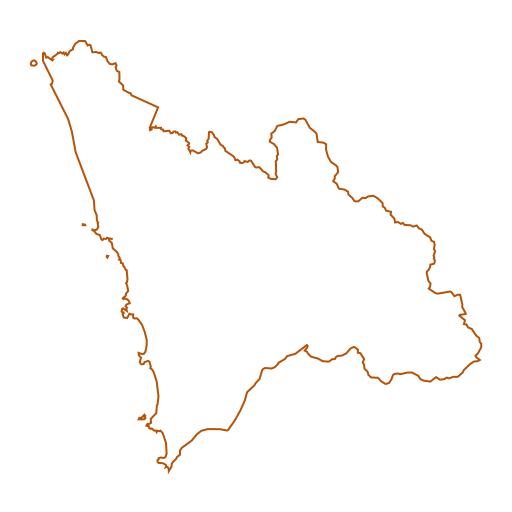 the district of Mandailing Natal, Sumatera Utara, Indonesia
{"feature_id": "22746128B80893459197040", "entity_name": "Mandailing Natal", "entity_type": "district", "adm_level": 2, "iso_a3": "IDN", "parent_name": "Indonesia", "parent_adm1": "Sumatera Utara", "projection": "albers", "projection_center": [99.32, 0.78], "detail": "fine", "context": "isolated", "style": "outline", "palette": "amber", "viewbox_px": 512, "rotation_deg": 0, "n_neighbors": 0, "source": "geoboundaries", "source_scale": "gbopen_adm2", "svg_char_len": 6001}
<svg xmlns="http://www.w3.org/2000/svg" viewBox="0 0 512 512"><path d="M303.4,118.5L298.4,119.1L296.0,122.4L289.7,121.8L283.3,124.6L277.3,125.9L274.7,131.0L271.3,133.6L271.7,137.5L269.9,140.1L269.8,141.7L273.9,144.0L277.0,147.7L278.1,154.5L276.9,155.9L277.2,159.5L275.8,161.2L276.2,171.5L275.6,173.9L277.2,177.3L275.7,179.2L271.3,179.0L268.2,177.6L268.7,175.7L267.9,174.4L265.2,172.2L263.1,171.4L259.3,167.2L256.0,167.5L255.1,167.0L251.1,160.8L249.6,160.4L247.7,161.9L244.5,161.1L243.6,162.6L241.1,163.0L240.0,162.8L239.6,161.3L237.4,159.7L235.4,160.2L234.6,157.7L233.2,156.1L225.4,150.9L224.8,148.2L223.5,147.4L223.3,146.2L220.5,144.6L217.4,139.2L214.4,136.8L214.0,135.2L212.0,132.3L209.8,131.7L209.0,132.1L208.6,138.9L207.2,140.8L207.8,142.4L206.2,143.8L207.1,147.2L206.1,149.0L202.3,150.8L200.7,152.5L198.0,153.3L192.9,150.4L190.6,150.7L190.3,152.3L188.3,148.4L189.3,146.8L187.6,145.4L189.1,143.8L188.9,142.8L185.8,140.6L186.2,138.1L183.4,135.8L182.1,135.7L181.4,134.2L179.2,134.7L177.2,132.2L176.0,132.6L175.2,131.4L173.5,131.6L172.5,133.1L170.9,133.3L169.3,130.7L163.6,131.3L163.1,129.6L161.2,129.3L161.0,127.8L156.5,127.9L155.8,126.4L154.8,127.8L153.3,127.2L151.6,127.5L151.7,129.4L150.1,130.2L149.8,127.6L158.1,107.4L131.5,95.3L130.5,93.1L128.8,92.8L123.3,89.7L123.1,85.4L119.0,81.6L119.5,78.8L119.3,72.0L117.2,71.1L116.3,69.5L115.6,67.1L116.6,65.6L115.5,63.2L112.1,64.4L109.7,63.9L107.5,61.2L106.0,57.1L104.1,56.7L102.2,55.2L100.8,52.6L98.8,53.0L96.3,52.0L92.4,52.3L90.5,45.3L89.6,44.7L87.7,45.5L85.2,41.1L79.2,40.9L75.4,43.7L72.8,48.1L73.0,49.2L69.5,51.3L68.1,54.5L67.1,55.3L65.9,52.9L64.5,54.3L63.6,52.5L62.4,53.5L60.4,52.1L59.0,53.1L57.8,52.8L57.6,53.7L52.5,57.4L52.2,59.2L53.1,59.6L52.3,60.4L47.7,57.0L46.3,57.7L44.7,53.3L43.7,52.7L43.0,53.3L43.0,60.9L52.7,80.5L52.1,83.6L50.7,84.4L68.1,119.0L71.8,131.3L75.7,152.4L93.9,200.4L94.5,209.8L96.7,215.4L96.8,220.2L98.1,222.7L97.6,223.0L98.3,226.8L96.9,229.5L95.0,230.3L92.5,229.5L92.4,230.3L93.9,230.7L96.4,233.9L99.8,235.1L101.3,239.2L102.4,240.1L103.7,238.7L106.2,238.9L107.1,237.7L108.9,238.5L112.8,238.9L108.9,238.7L109.2,240.6L111.8,242.9L112.8,248.4L116.8,251.9L118.3,254.2L118.4,256.0L119.9,258.2L119.1,259.6L120.7,260.2L120.9,262.9L122.8,263.4L123.5,266.5L124.5,267.1L125.9,270.1L126.7,270.2L127.5,279.4L127.0,282.1L126.0,283.2L127.1,285.2L128.2,290.9L126.2,293.3L125.7,295.7L122.8,298.2L123.4,299.1L125.1,298.5L127.6,299.6L129.1,301.3L129.7,303.2L126.4,304.6L125.5,306.2L127.0,307.7L126.4,308.7L126.8,310.9L123.0,308.4L122.1,309.0L121.6,311.4L122.3,312.4L123.5,312.4L123.7,313.3L122.6,314.4L123.8,317.6L127.3,317.9L129.4,313.7L131.2,314.5L133.2,314.4L133.2,317.7L134.4,318.5L136.8,318.3L138.3,319.6L142.1,325.0L144.8,332.1L146.8,340.4L146.6,345.9L145.4,351.7L143.9,353.8L142.3,354.1L138.6,352.9L138.9,355.3L141.0,357.7L139.8,362.0L140.7,363.8L142.2,364.3L143.6,364.1L144.5,362.2L148.0,360.9L149.5,361.8L150.8,366.7L150.3,368.2L152.3,369.7L153.9,372.6L156.7,381.7L158.5,396.5L157.5,404.6L156.9,405.2L156.3,413.0L150.7,419.0L151.1,422.8L148.3,424.3L147.4,423.9L146.4,425.7L148.8,426.2L148.9,427.7L150.7,428.9L151.8,428.5L154.1,430.6L156.1,430.6L156.6,432.1L157.6,430.7L159.2,431.2L160.4,430.6L162.7,433.1L166.0,442.9L166.6,453.6L165.4,457.2L163.6,458.0L160.9,457.5L158.7,458.2L158.6,459.3L157.5,460.2L157.6,461.8L158.7,463.0L162.9,463.2L165.8,464.9L166.4,466.2L165.8,467.3L167.1,466.8L167.8,467.3L168.7,468.6L168.8,471.1L171.5,466.7L171.7,464.0L172.7,462.2L175.9,459.1L177.1,456.9L180.0,454.8L179.9,450.6L182.0,447.7L191.8,440.5L196.5,434.7L201.1,430.9L207.7,429.1L220.2,429.2L226.9,430.5L228.0,430.1L234.5,420.9L240.7,409.8L245.0,399.9L247.1,392.2L254.4,385.3L255.8,382.9L259.5,379.1L262.1,370.4L263.2,368.9L265.3,368.0L271.7,368.5L274.9,367.1L278.2,363.9L278.3,362.9L284.9,359.0L287.2,356.1L295.4,353.8L306.9,345.0L307.6,345.8L307.2,347.5L304.7,350.6L306.8,351.6L308.2,353.9L311.4,356.8L317.8,358.5L322.7,361.2L328.0,361.6L329.3,361.4L332.1,359.2L334.8,359.1L336.1,356.9L337.7,356.0L341.8,355.6L346.1,353.6L350.4,348.6L353.5,347.0L355.0,347.4L357.9,349.6L357.8,352.7L360.3,353.1L364.1,359.0L362.7,362.6L364.1,364.7L364.5,368.8L367.5,371.5L368.4,374.8L371.0,377.4L378.0,377.8L381.1,381.3L385.6,384.0L389.1,383.0L391.4,379.4L392.9,375.2L394.3,374.0L397.8,373.5L400.3,374.2L407.7,372.5L411.9,372.5L418.4,375.9L420.2,379.0L423.5,380.6L430.3,381.6L436.1,377.1L439.9,379.7L444.3,379.1L446.6,377.6L449.0,378.4L453.2,376.8L457.6,376.9L462.7,372.5L463.8,370.1L470.2,364.0L474.0,361.5L477.5,361.2L479.8,360.0L476.3,357.3L475.5,355.8L478.0,353.3L481.2,347.4L481.3,344.0L479.7,341.7L479.3,338.1L476.1,335.5L471.8,329.0L467.9,327.3L466.5,324.5L463.9,324.1L465.0,320.2L459.3,315.7L459.7,314.9L465.7,314.0L465.7,313.3L462.1,306.8L462.4,304.8L460.2,294.9L457.7,294.7L454.4,296.2L451.5,292.2L450.2,291.5L437.5,293.7L435.2,293.0L428.8,288.6L430.1,286.6L430.5,283.5L428.4,280.8L426.7,273.0L427.0,271.5L428.7,269.8L430.1,267.0L430.4,264.6L433.8,263.8L434.6,262.7L434.8,260.1L433.9,258.9L434.3,257.3L433.6,255.7L435.1,251.4L433.9,248.9L434.7,244.9L434.0,241.9L431.4,240.7L430.2,237.4L424.5,233.8L421.9,229.6L419.0,228.4L416.7,225.5L413.1,226.6L410.6,225.3L404.5,224.9L402.9,222.9L400.9,223.9L398.0,222.0L395.1,222.5L394.4,218.7L390.6,214.7L391.0,211.8L386.0,210.6L384.9,207.9L382.8,206.4L382.6,203.1L377.8,198.4L374.7,196.5L373.2,195.8L368.2,196.4L365.6,198.1L362.5,197.7L358.3,201.3L355.4,201.4L354.2,200.9L352.5,198.1L348.5,194.6L348.0,191.6L344.2,189.5L338.9,188.7L336.7,183.8L333.2,181.1L334.7,178.6L334.8,176.2L338.1,172.2L337.5,167.2L336.1,165.4L331.1,162.1L328.0,156.7L326.0,149.5L326.2,144.2L323.2,142.6L317.7,142.0L316.6,134.0L314.7,131.6L309.8,127.8L305.3,119.6L303.4,118.5ZM36.2,64.7L36.8,63.3L35.7,61.2L34.0,60.3L31.6,61.5L30.7,64.0L31.4,65.4L34.3,65.7L36.2,64.7ZM145.4,418.0L144.6,417.4L145.3,415.8L144.4,414.7L141.3,417.9L139.4,417.8L138.7,419.3L144.3,419.3L145.4,418.0ZM82.8,224.2L82.7,225.2L85.2,225.2L84.9,224.5L82.8,224.2ZM107.4,257.6L108.2,256.0L107.1,255.7L106.7,256.8L107.4,257.6Z" fill="none" stroke="#b45309" stroke-width="2"/></svg>